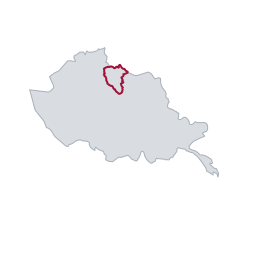 location of Badghis within Afghanistan, rotated 57°
{"feature_id": "AFG-1741", "entity_name": "Badghis", "entity_type": "Province", "adm_level": 1, "iso_a3": "AFG", "parent_name": "Afghanistan", "parent_adm1": "", "projection": "mercator", "projection_center": [63.837, 35.271], "detail": "fine", "context": "in_parent", "style": "outline", "palette": "rose", "viewbox_px": 256, "rotation_deg": 57, "n_neighbors": 0, "source": "natural_earth", "source_scale": "10m", "svg_char_len": 5775}
<svg xmlns="http://www.w3.org/2000/svg" viewBox="0 0 256 256"><g transform="rotate(57 128 128)"><path d="M112.8,77.3L117.3,76.8L120.3,77.4L121.8,79.0L123.4,79.4L124.9,78.6L125.9,78.5L126.2,79.0L127.0,79.2L128.1,79.1L128.8,79.5L129.0,80.5L129.8,81.7L131.4,83.1L132.7,83.4L134.5,82.3L135.1,82.5L135.4,82.1L135.6,81.3L136.7,80.5L138.7,79.8L139.8,79.1L140.2,78.6L140.9,78.5L141.7,78.6L142.2,78.4L142.6,77.7L143.3,77.4L143.9,77.6L146.6,80.2L147.7,81.0L148.2,80.8L149.5,79.4L149.7,78.1L149.4,76.4L149.6,75.0L150.5,74.0L152.2,73.3L154.6,73.1L156.1,73.2L156.7,73.8L157.4,74.1L158.4,74.1L159.2,73.5L160.0,72.2L160.0,70.6L159.4,68.7L159.5,68.1L160.8,67.2L162.1,65.7L163.3,63.9L164.5,61.6L166.0,60.2L167.8,59.7L170.0,60.3L172.5,62.0L173.5,64.2L172.9,66.8L172.8,68.2L173.3,68.5L176.2,68.0L176.6,68.3L176.6,69.1L176.2,70.2L175.7,73.2L174.8,80.7L176.0,85.1L176.8,86.8L177.7,87.4L178.5,87.6L179.4,87.4L181.1,86.3L183.7,84.2L186.3,82.9L190.0,82.2L191.3,80.0L193.0,78.5L197.0,76.3L199.1,75.4L200.3,75.3L203.3,76.1L203.5,76.8L203.3,77.5L202.4,78.1L202.2,78.6L202.5,78.9L203.7,79.0L208.9,77.5L210.0,76.1L211.2,76.1L213.3,76.7L215.0,76.5L215.9,77.1L217.9,79.0L217.3,79.1L216.4,78.8L215.9,78.1L213.8,79.0L211.5,80.2L211.5,80.5L213.6,82.3L209.2,84.3L207.3,85.4L206.8,85.4L203.9,84.4L195.8,84.7L189.6,85.3L187.2,86.3L185.0,86.8L183.8,87.3L183.0,88.4L179.6,90.7L179.0,91.5L177.1,91.4L175.1,93.7L172.3,96.3L171.7,97.5L172.1,98.2L173.6,99.1L174.3,100.0L175.4,102.6L175.8,104.4L176.5,105.2L176.8,107.3L176.2,108.5L176.2,109.1L177.1,110.7L176.9,111.2L176.2,112.0L175.0,114.0L173.0,115.5L172.2,116.9L170.8,118.4L170.2,119.6L169.5,120.3L168.9,120.7L169.1,121.3L169.6,122.2L170.5,123.1L170.5,126.9L170.0,127.9L167.5,129.0L165.0,129.4L162.1,129.4L160.9,129.3L156.8,127.9L155.5,128.6L155.2,130.2L157.6,132.9L158.5,134.4L159.6,136.9L160.4,138.1L160.1,139.3L155.9,142.0L153.2,142.2L151.5,142.7L150.6,143.4L150.0,146.1L149.4,147.2L149.4,148.4L148.9,149.7L148.0,150.6L147.4,152.1L147.9,159.4L145.4,162.3L144.0,163.3L142.7,163.8L141.7,163.7L140.3,162.0L139.4,161.4L138.4,161.5L137.4,162.1L135.9,161.9L134.6,161.3L133.9,161.4L133.5,161.9L132.1,163.2L128.6,165.1L127.2,165.2L126.6,165.7L126.9,166.5L127.5,167.1L128.6,167.6L128.6,168.1L126.8,169.1L125.1,169.7L123.0,169.9L120.9,169.6L119.7,168.7L118.5,168.6L117.3,169.3L116.0,170.3L114.4,172.8L111.9,174.4L111.2,176.0L110.5,178.8L110.7,183.0L110.4,184.8L109.9,186.0L110.0,187.0L110.8,188.0L110.5,188.7L109.8,189.5L109.1,190.0L95.6,193.9L93.4,194.0L92.3,193.9L88.5,193.9L86.9,194.1L85.3,194.7L84.1,195.4L83.2,196.3L81.6,195.8L76.5,194.8L62.9,196.1L61.6,195.9L42.5,189.6L54.3,175.5L54.6,174.4L54.7,172.0L53.9,168.9L52.7,167.5L42.3,165.9L41.9,163.4L42.0,162.4L41.8,160.3L41.9,158.6L42.3,156.0L42.4,154.8L39.0,142.8L39.0,141.6L41.0,138.8L43.5,136.1L43.3,135.6L42.1,135.3L40.2,135.3L39.2,134.9L38.4,134.1L38.1,133.0L38.6,131.1L38.1,127.3L40.0,124.0L43.1,123.9L41.5,121.5L41.2,121.3L41.1,120.9L41.2,120.4L42.0,120.3L43.9,118.8L44.0,117.9L45.5,115.7L45.4,114.7L46.4,112.1L45.8,110.3L45.7,109.4L46.9,108.8L47.6,106.3L48.0,105.7L48.0,105.1L47.8,104.0L48.8,103.9L49.8,105.2L51.3,106.5L52.2,106.9L53.5,107.1L56.2,106.7L56.8,106.7L59.6,109.1L60.1,109.7L60.4,110.6L60.8,110.9L61.8,110.0L62.8,109.7L64.6,110.0L65.6,109.6L70.2,106.7L70.5,104.8L71.0,103.8L71.6,103.1L70.8,101.0L71.1,100.6L71.7,100.4L73.2,100.4L80.2,98.0L82.1,98.0L82.5,97.8L82.6,97.1L83.1,96.5L86.4,94.7L88.3,92.9L89.0,91.6L92.1,80.6L93.8,79.6L95.6,78.9L101.4,78.7L102.4,75.3L103.0,74.5L104.0,73.7L108.3,76.2L112.8,77.3Z" fill="#d9dde1" stroke="#a8b0b8" stroke-width="1"/><path d="M73.7,100.4L74.8,100.2L75.8,99.7L76.0,99.5L76.3,99.1L76.5,99.0L76.7,98.8L77.0,98.8L78.5,98.7L79.0,98.5L80.2,97.9L80.6,97.7L80.8,97.7L81.1,97.9L81.3,98.4L81.3,99.1L81.2,99.7L81.0,100.7L80.9,101.0L80.9,101.3L80.9,101.6L80.7,102.0L80.6,102.3L80.5,102.5L80.9,102.7L81.0,102.8L81.3,102.9L81.5,103.2L81.6,103.3L81.8,103.6L81.9,104.0L82.0,104.2L82.0,105.3L82.0,105.6L82.0,105.8L82.1,106.0L82.3,106.1L84.3,106.2L85.0,106.4L85.2,106.5L85.2,106.8L85.1,107.0L85.5,107.4L85.8,107.5L86.0,107.4L86.6,107.2L87.1,107.1L87.3,107.4L87.3,107.6L87.2,107.9L87.1,108.4L87.1,108.5L87.1,108.8L87.0,109.3L87.0,109.6L87.0,109.8L88.3,110.3L89.6,110.5L89.8,110.5L90.2,110.4L90.6,110.4L90.9,110.3L91.1,110.3L91.3,110.8L91.5,111.0L92.0,111.3L92.5,111.4L92.8,111.5L93.1,111.8L93.4,112.3L93.5,112.4L94.3,112.9L94.4,113.1L94.5,113.3L94.5,113.5L94.7,113.8L94.9,114.1L95.0,114.3L95.0,114.6L94.9,115.1L94.9,115.3L94.9,115.7L94.9,115.8L94.8,116.2L94.7,116.4L94.6,116.7L94.5,116.8L94.4,116.9L94.0,117.1L91.8,117.7L90.9,118.1L90.7,118.2L90.4,118.1L90.1,118.0L88.6,117.9L88.3,118.0L88.1,118.1L88.0,118.3L87.9,118.4L87.9,118.5L86.5,118.6L86.4,118.6L86.1,118.5L86.0,118.4L85.8,118.4L84.6,118.4L84.3,118.4L84.1,118.5L83.8,118.8L83.7,118.9L83.6,119.0L83.5,119.3L83.4,119.4L83.1,119.5L82.9,119.5L82.1,120.2L79.5,121.0L79.3,121.0L79.2,121.0L79.0,120.8L78.9,120.7L78.5,120.5L77.6,120.3L77.4,120.3L77.2,120.4L76.3,120.3L76.1,120.2L75.6,119.9L75.3,119.6L74.9,119.4L74.0,119.1L72.9,119.0L72.5,118.9L72.4,119.0L71.8,119.4L71.6,119.4L70.8,119.1L70.4,119.0L70.1,118.9L69.9,118.9L69.9,118.5L69.8,118.2L69.7,118.1L69.5,117.7L69.4,117.7L69.1,117.7L68.6,117.7L68.4,117.6L68.2,117.5L68.1,117.4L67.9,117.2L67.4,117.1L67.2,116.9L66.9,116.7L66.4,116.3L66.3,116.2L66.2,116.2L65.9,116.2L65.4,115.9L65.2,115.8L65.2,115.5L65.1,115.3L65.1,115.1L65.3,113.4L65.4,112.9L65.6,112.1L65.7,111.8L66.8,110.1L67.2,108.7L67.3,108.5L68.4,107.6L69.3,107.2L69.5,107.1L70.0,107.1L70.3,107.0L70.5,106.8L70.5,106.6L70.6,106.0L70.7,105.5L70.7,105.3L70.5,105.2L70.4,105.0L70.4,104.2L70.7,103.6L71.7,103.3L72.1,103.1L72.1,102.9L72.1,102.7L71.8,102.6L71.7,102.6L71.5,102.3L70.9,101.7L70.7,101.3L70.6,101.1L70.5,100.9L70.6,100.6L70.8,100.4L71.0,100.3L73.7,100.4Z" fill="none" stroke="#9f1239" stroke-width="2"/></g></svg>